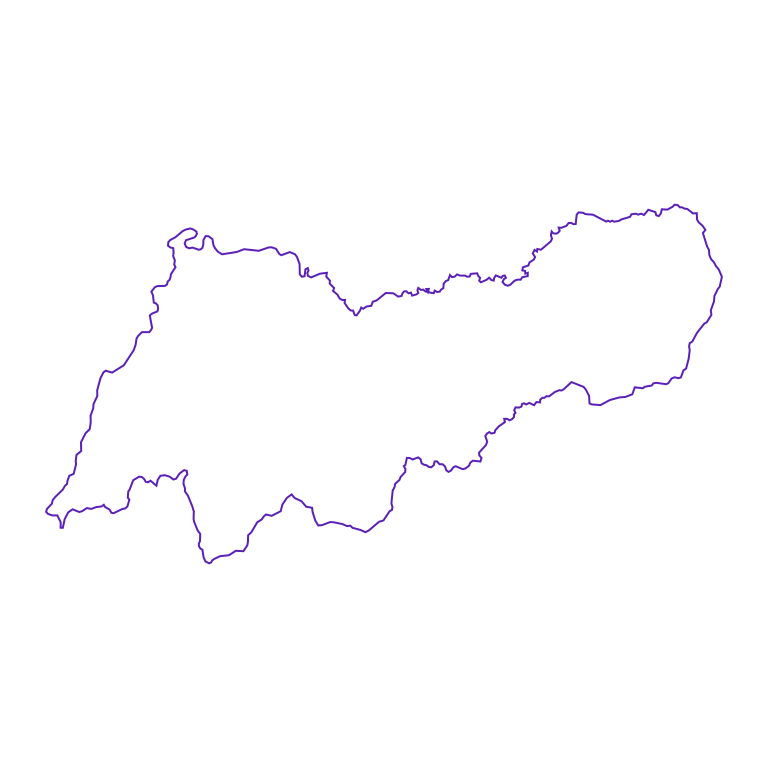 outline of Cacequi, Rio Grande do Sul, Brazil
{"feature_id": "56859067B8570648201851", "entity_name": "Cacequi", "entity_type": "district", "adm_level": 2, "iso_a3": "BRA", "parent_name": "Brazil", "parent_adm1": "Rio Grande do Sul", "projection": "equal_earth", "projection_center": [-54.818, -29.936], "detail": "fine", "context": "isolated", "style": "outline", "palette": "violet", "viewbox_px": 768, "rotation_deg": 0, "n_neighbors": 0, "source": "geoboundaries", "source_scale": "gbopen_adm2", "svg_char_len": 6089}
<svg xmlns="http://www.w3.org/2000/svg" viewBox="0 0 768 768"><path d="M47.0,508.9L46.1,511.8L48.0,513.9L52.2,515.4L57.3,515.4L60.7,522.2L60.6,527.7L62.8,527.8L64.7,519.1L68.2,512.4L72.6,509.3L79.2,512.0L81.9,511.3L86.8,508.1L91.3,508.9L96.2,507.1L101.4,506.5L103.8,504.8L105.1,507.0L109.6,509.6L111.4,512.8L113.6,513.2L122.5,508.9L125.0,508.6L127.4,506.5L129.4,499.6L127.8,497.7L128.3,491.3L129.6,489.7L133.2,480.2L139.2,476.7L142.0,477.1L144.3,479.2L145.6,481.7L148.0,482.3L150.5,480.7L156.4,485.7L157.8,479.7L160.4,475.8L164.9,475.2L169.7,476.7L173.4,479.5L176.1,478.7L179.5,473.6L184.1,470.1L186.7,470.8L187.3,474.6L185.6,476.3L183.8,479.8L183.5,484.0L185.0,488.4L184.9,491.3L188.0,495.8L192.3,506.4L193.8,511.4L193.6,519.1L194.1,521.7L197.6,530.4L200.2,533.9L200.0,541.1L198.9,543.5L198.9,546.2L200.4,548.6L202.4,549.7L203.6,557.4L205.4,561.4L209.1,563.3L211.1,562.5L212.2,560.4L214.3,558.9L220.0,556.2L229.0,555.2L235.8,550.8L243.4,551.2L247.3,545.4L248.0,541.3L248.1,535.3L251.4,532.2L257.3,522.2L261.7,519.5L263.9,516.3L266.0,514.5L271.7,515.8L280.7,511.2L282.4,504.5L286.8,498.0L291.6,494.4L294.6,498.0L301.5,501.2L306.2,506.7L312.1,507.8L312.6,512.0L315.3,520.6L318.3,525.5L322.2,525.1L330.0,522.1L332.6,522.1L342.2,524.0L347.1,526.1L350.3,525.7L352.5,527.8L360.6,530.0L365.4,532.2L368.9,530.4L379.0,521.8L383.5,520.4L389.6,511.2L391.9,510.0L392.5,507.1L391.4,503.4L392.7,490.6L394.5,487.1L395.2,483.8L399.5,479.9L400.6,477.0L405.2,472.0L405.4,468.8L403.8,466.1L405.4,464.9L406.9,457.9L409.7,458.0L412.6,459.5L418.2,457.4L420.6,459.3L421.7,463.4L424.2,464.8L426.4,465.2L428.9,467.0L431.4,467.2L433.8,465.1L434.6,461.5L436.9,461.3L439.5,464.2L442.7,464.3L444.9,466.3L446.4,470.4L448.5,471.9L451.1,470.5L453.2,467.4L455.6,466.2L462.8,469.2L465.3,468.5L468.8,466.0L470.3,462.7L472.8,460.7L480.4,461.5L481.5,458.0L479.3,455.4L479.1,452.6L485.9,445.1L487.2,441.6L485.3,436.0L487.1,433.5L489.3,432.1L491.5,433.5L494.5,432.8L495.4,430.1L498.9,426.3L504.9,422.1L504.2,418.9L507.3,418.9L509.6,420.3L512.1,419.1L514.0,417.1L513.9,414.5L515.5,413.0L514.2,410.3L515.5,407.4L519.2,407.6L521.5,406.5L522.0,404.0L523.9,403.3L526.2,404.5L529.2,402.9L534.1,405.2L536.4,402.1L540.1,402.4L540.2,399.6L542.4,397.8L544.4,397.8L546.5,396.2L549.0,396.4L555.0,391.9L559.3,390.2L561.5,390.5L563.7,389.3L571.5,382.1L583.6,386.9L585.9,389.7L589.1,395.9L589.5,403.4L591.6,404.4L600.5,405.1L609.9,400.0L619.5,397.4L625.2,397.0L632.3,394.3L634.8,387.3L642.9,388.3L644.6,386.8L651.8,385.5L653.3,383.4L656.3,382.8L666.1,384.2L668.3,383.2L671.6,378.5L674.4,377.3L678.5,378.2L680.9,377.4L683.5,370.3L686.1,368.6L688.7,358.6L689.7,350.5L689.1,346.3L689.7,343.2L692.3,341.5L697.1,332.7L704.1,323.8L706.7,322.3L711.4,314.9L710.8,310.4L714.0,301.4L714.4,296.0L717.9,288.9L719.7,286.7L721.9,276.8L718.8,269.5L716.0,266.1L714.0,262.3L711.1,259.2L709.4,255.1L708.9,249.8L707.1,246.5L702.9,233.0L705.4,229.9L702.7,225.9L698.5,222.1L697.0,219.4L696.8,213.2L693.0,213.4L687.2,208.9L684.5,208.6L682.0,207.3L680.0,207.4L677.7,205.1L674.6,204.7L672.7,206.7L667.4,209.6L661.8,209.3L660.9,213.3L658.8,216.1L656.3,215.3L655.4,212.1L648.3,209.8L644.0,215.0L641.3,213.7L638.0,214.6L635.8,213.7L631.4,214.3L630.1,216.8L621.1,219.5L619.1,220.9L614.2,221.7L612.2,220.7L610.3,221.7L607.9,220.7L606.2,221.6L593.0,214.7L585.3,214.1L583.2,212.8L578.6,212.4L576.7,214.6L575.7,224.0L573.5,224.2L571.1,222.9L568.6,223.0L566.4,225.9L561.3,227.8L558.7,227.6L559.7,230.8L558.2,232.6L556.1,233.7L553.2,233.3L551.7,231.5L550.9,235.2L552.0,238.7L550.8,241.4L541.0,249.7L537.3,249.0L536.9,251.5L534.5,249.9L532.8,253.5L535.1,257.0L533.7,259.6L529.5,262.4L528.4,265.5L522.9,267.3L522.3,270.4L525.1,270.9L525.3,273.6L527.8,272.8L527.7,276.1L522.3,277.2L520.7,279.7L517.7,279.6L514.8,280.5L510.1,284.9L507.7,285.7L504.9,284.7L502.5,282.0L503.9,279.2L505.9,277.8L504.8,275.5L502.7,275.9L501.4,277.8L495.9,275.4L494.2,277.9L493.7,280.6L491.3,280.0L489.2,277.7L486.4,279.9L480.9,282.3L479.2,280.7L480.1,277.8L478.3,276.1L477.2,273.3L470.8,273.9L469.7,276.5L467.1,276.7L465.1,275.6L460.0,275.6L457.1,274.4L454.6,276.7L451.9,277.1L450.0,275.0L448.2,280.1L445.9,281.0L443.7,283.7L443.3,288.2L441.1,289.6L439.7,291.6L437.1,292.0L434.7,290.6L433.7,293.2L431.5,292.9L425.1,291.3L423.3,289.6L420.9,289.9L418.3,287.9L417.4,290.3L418.3,293.0L416.4,294.4L412.1,295.6L410.9,292.6L408.4,293.3L406.4,291.3L404.1,291.4L402.5,293.3L401.6,295.9L398.2,296.6L393.4,293.3L385.8,293.0L376.5,300.5L372.8,301.7L371.2,305.9L366.8,306.4L363.1,308.8L361.2,307.6L360.0,310.6L356.6,315.4L354.7,315.0L353.1,310.6L350.7,310.5L348.4,308.5L344.6,303.0L345.0,299.9L342.6,300.1L339.7,298.6L337.5,294.7L333.0,290.9L334.1,288.0L329.7,283.6L329.9,280.6L326.2,276.5L326.9,272.8L320.0,273.7L311.2,277.4L308.0,275.9L307.3,273.1L308.5,270.5L307.8,268.1L305.4,269.4L304.6,276.2L301.8,276.7L299.8,274.3L299.6,264.1L296.9,256.8L294.9,254.2L289.7,252.1L281.4,255.2L279.4,254.1L276.0,248.8L271.7,247.3L268.4,247.5L258.9,250.8L244.1,249.2L236.7,252.0L222.0,254.3L217.9,251.7L215.1,248.3L213.5,245.3L212.4,239.1L208.6,236.3L205.6,236.1L203.4,240.1L203.3,244.5L202.4,247.8L200.6,249.4L198.7,249.7L192.6,247.6L189.1,248.3L186.1,246.9L184.7,243.5L186.0,240.2L194.0,237.6L195.6,236.3L196.9,233.8L196.3,231.4L192.7,229.2L190.2,228.5L185.6,229.6L182.7,231.1L175.6,237.1L170.3,240.0L168.3,242.2L168.0,245.7L170.5,247.6L173.2,248.1L173.6,252.1L173.2,256.2L174.9,260.4L174.2,264.4L175.5,267.2L170.9,274.3L170.5,277.4L169.6,279.7L167.7,281.6L167.0,284.5L164.9,285.9L157.3,286.1L154.9,287.2L151.4,291.6L153.0,295.5L153.8,302.6L155.8,303.3L157.6,305.2L158.1,308.9L157.4,311.4L152.0,313.6L149.8,315.4L152.1,327.9L151.0,330.1L149.3,332.1L142.0,332.1L137.9,336.2L136.5,338.7L135.6,344.9L133.7,350.2L123.8,365.3L112.1,372.6L105.7,370.7L103.5,372.3L100.5,378.1L97.2,390.2L97.3,396.0L93.5,404.1L93.2,408.3L90.6,415.6L90.7,422.6L89.7,429.2L85.6,433.2L81.0,442.2L81.2,451.0L76.5,454.9L75.7,461.2L76.1,464.1L73.7,473.8L69.3,475.8L67.5,480.7L67.0,484.0L64.9,485.9L62.8,489.6L55.0,497.2L52.6,500.3L51.9,503.7L47.0,508.9ZM427.9,292.0L428.8,288.9L426.4,289.0L427.9,292.0Z" fill="none" stroke="#5b21b6" stroke-width="2"/></svg>